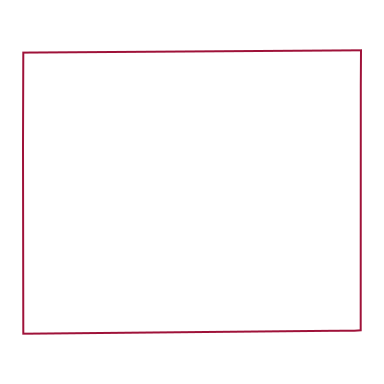 Sullivan, Missouri, United States of America (Robinson projection)
{"feature_id": "52423323B80963184454331", "entity_name": "Sullivan", "entity_type": "district", "adm_level": 2, "iso_a3": "USA", "parent_name": "United States of America", "parent_adm1": "Missouri", "projection": "robinson", "projection_center": [-93.116, 40.21], "detail": "fine", "context": "isolated", "style": "outline", "palette": "rose", "viewbox_px": 384, "rotation_deg": 0, "n_neighbors": 0, "source": "geoboundaries", "source_scale": "gbopen_adm2", "svg_char_len": 239}
<svg xmlns="http://www.w3.org/2000/svg" viewBox="0 0 384 384"><path d="M26.3,333.7L331.8,330.8L354.9,330.7L360.7,330.3L360.8,85.0L361.0,50.3L23.3,52.6L23.0,146.4L23.3,333.7L26.3,333.7Z" fill="none" stroke="#9f1239" stroke-width="2"/></svg>